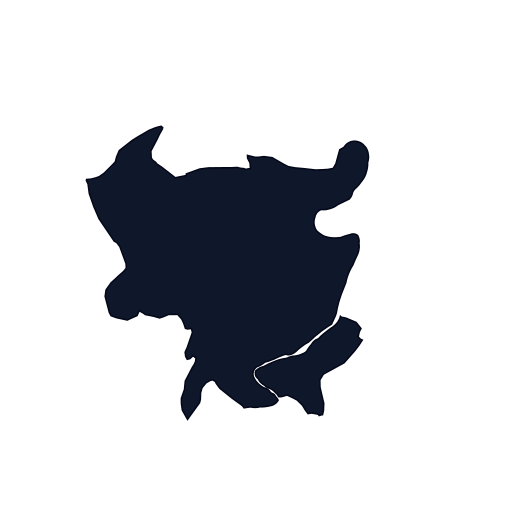 Shirbin, Ad Daqahliyah, Egypt, rotated 323°
{"feature_id": "37247803B76793683664752", "entity_name": "Shirbin", "entity_type": "district", "adm_level": 2, "iso_a3": "EGY", "parent_name": "Egypt", "parent_adm1": "Ad Daqahliyah", "projection": "mercator", "projection_center": [31.57, 31.249], "detail": "fine", "context": "isolated", "style": "filled", "palette": "ink", "viewbox_px": 512, "rotation_deg": 323, "n_neighbors": 0, "source": "geoboundaries", "source_scale": "gbopen_adm2", "svg_char_len": 6153}
<svg xmlns="http://www.w3.org/2000/svg" viewBox="0 0 512 512"><g transform="rotate(323 256 256)"><path d="M103.0,345.3L105.7,344.4L122.6,339.2L125.2,337.1L129.4,331.9L133.6,328.7L139.8,327.2L144.5,327.8L146.8,328.7L148.1,332.0L147.6,333.6L147.5,339.9L151.1,354.2L152.7,359.5L154.7,365.9L155.1,368.0L155.1,370.1L158.4,371.8L161.0,373.4L162.5,375.0L163.6,375.9L164.3,376.5L165.1,377.0L166.3,377.8L168.3,378.7L169.8,379.9L170.8,380.6L172.9,381.9L174.6,382.8L175.7,383.4L178.9,384.8L180.3,385.2L182.0,385.4L183.3,385.4L184.3,385.3L185.7,384.9L186.9,384.5L187.0,383.8L187.1,382.8L187.1,381.9L187.0,380.8L187.0,380.1L187.1,378.9L187.2,377.9L187.0,377.2L186.8,376.6L185.5,374.4L185.6,374.2L185.4,373.4L185.4,372.8L185.5,371.5L185.3,370.5L185.0,369.5L184.6,368.6L184.3,367.9L183.8,367.1L183.2,366.3L182.5,365.1L181.9,363.5L181.3,361.5L180.9,359.6L180.7,357.6L180.6,356.1L180.6,355.1L180.8,353.1L181.1,351.7L181.2,351.1L181.3,350.6L181.6,350.1L182.0,349.2L182.7,348.2L183.3,347.5L183.8,347.1L184.8,346.3L185.9,345.7L187.0,345.3L188.6,345.0L189.8,344.9L192.0,345.5L194.4,345.9L196.7,346.1L199.4,346.1L202.6,347.4L205.7,348.3L208.8,349.2L212.0,349.8L214.4,350.4L218.0,351.4L220.6,352.3L220.8,352.4L221.2,353.1L221.9,353.9L222.7,354.6L223.4,355.0L224.2,355.3L224.9,355.6L226.2,355.9L227.5,356.1L228.8,356.2L230.1,356.2L231.5,356.1L232.8,355.9L234.1,355.8L238.1,355.7L242.1,355.8L246.0,356.3L250.3,356.0L254.3,355.5L259.1,355.4L263.3,355.2L266.3,355.3L269.5,355.4L272.7,355.6L275.2,355.9L282.6,351.9L283.5,351.4L284.8,350.5L285.7,349.9L286.9,348.8L288.1,347.8L288.9,346.9L291.5,344.8L294.2,342.6L297.0,340.6L301.2,337.7L311.8,331.2L312.9,330.2L314.6,328.8L316.4,327.5L318.2,326.3L320.0,325.2L322.6,323.8L325.2,322.5L327.6,321.6L333.3,318.3L338.0,315.8L339.6,314.8L340.8,313.9L341.8,313.0L342.5,312.3L343.5,311.3L344.4,310.1L344.9,309.4L346.0,307.6L346.6,307.0L347.3,306.2L347.9,305.3L348.2,304.7L348.7,303.7L349.0,302.7L349.3,301.7L349.5,300.7L349.1,299.6L348.7,298.8L348.0,297.9L347.4,297.3L346.7,296.7L346.3,296.4L345.2,295.9L343.9,295.5L341.8,294.6L339.4,293.7L337.0,292.9L335.4,292.5L333.6,291.6L332.1,290.6L331.1,290.0L329.6,288.9L328.2,287.8L326.9,286.6L325.6,285.3L324.4,283.9L323.3,282.5L322.5,281.4L321.5,279.3L321.0,277.8L320.6,276.8L320.3,275.7L319.9,274.1L319.6,272.5L319.6,272.0L319.6,271.8L319.8,270.1L320.1,268.9L320.5,267.8L321.1,266.3L321.7,265.2L322.4,264.1L323.4,262.9L324.3,262.0L325.2,261.2L326.5,260.3L327.5,259.4L328.4,258.9L329.3,258.5L330.5,258.0L331.5,257.8L332.8,257.7L334.1,257.7L335.1,257.9L336.3,258.2L336.9,258.9L337.9,259.6L338.9,260.4L339.9,261.0L342.8,262.3L345.3,263.2L346.8,263.6L348.9,264.0L350.5,264.1L352.4,264.2L364.8,266.6L366.4,266.2L368.1,265.6L369.0,265.0L369.6,264.7L370.8,263.7L371.7,263.1L372.9,262.5L373.8,262.2L374.3,262.0L376.0,261.8L378.4,261.5L381.5,260.9L385.4,259.8L388.6,258.8L390.6,257.9L392.6,256.8L394.4,255.5L396.2,254.1L397.5,253.0L399.1,251.4L400.2,250.1L401.3,248.6L402.9,247.3L404.2,246.1L405.1,245.0L405.9,244.0L406.8,242.4L407.7,240.7L408.0,240.0L408.4,238.7L408.8,237.1L409.0,235.6L408.9,233.9L408.7,232.2L408.6,231.3L408.3,230.1L407.8,228.7L407.3,227.7L406.5,226.5L405.6,225.3L404.5,224.2L403.4,223.3L402.1,222.6L400.9,222.0L399.9,221.7L398.8,221.4L397.0,221.2L395.9,221.2L394.4,221.4L393.4,221.6L392.0,222.1L389.4,221.9L386.9,221.5L375.2,230.5L370.3,232.5L365.5,230.1L361.4,227.4L355.5,223.3L346.6,214.9L340.1,209.0L335.6,204.1L333.3,199.4L328.1,187.2L322.2,181.4L317.0,178.4L314.6,176.5L309.7,170.5L308.1,173.0L307.3,178.0L304.2,182.8L300.0,180.6L298.8,178.8L296.5,176.7L294.2,173.9L290.7,171.6L285.2,167.5L271.0,157.0L263.5,152.7L249.8,148.5L248.6,149.7L238.6,144.9L234.1,128.2L232.2,122.8L232.2,120.7L231.2,117.5L231.3,114.7L232.7,112.6L235.2,108.9L247.3,103.2L251.6,100.9L257.7,98.2L258.8,97.2L258.2,95.2L252.9,93.1L246.2,91.3L232.7,89.7L226.7,89.2L210.3,89.5L204.1,93.1L200.4,96.1L197.3,96.7L194.6,97.1L184.7,98.5L178.6,98.3L175.3,97.3L170.3,95.2L166.8,92.9L166.0,93.5L165.2,97.4L160.4,105.9L156.2,119.1L153.1,131.7L151.7,158.9L152.9,161.3L152.9,166.6L147.6,184.0L145.0,187.7L140.9,188.7L134.1,189.2L129.9,189.7L124.2,190.2L115.9,192.8L111.2,197.5L104.9,212.8L104.3,216.4L107.4,221.2L114.7,229.7L117.8,230.3L125.1,232.0L129.8,229.4L131.8,234.1L132.4,236.2L138.1,242.6L141.7,247.4L144.8,248.5L151.0,250.1L158.3,255.5L158.8,261.8L157.7,266.6L156.1,271.3L157.2,272.9L160.8,275.1L159.2,278.8L146.2,287.6L141.5,290.2L139.4,293.9L138.9,297.1L141.5,298.2L145.6,297.7L146.7,301.4L144.1,304.0L141.4,305.5L138.3,306.6L124.3,313.3L118.5,319.6L110.7,324.8L107.6,329.0L104.4,334.8L103.4,342.2L103.0,345.3ZM290.3,387.1L289.2,385.0L289.2,384.2L288.9,382.0L289.3,381.7L292.8,378.7L296.2,377.1L296.0,369.3L290.5,359.8L287.2,356.0L287.1,355.0L286.2,355.7L285.0,356.5L284.0,357.0L283.0,357.4L281.9,357.9L280.0,358.4L278.5,358.7L276.4,358.9L274.9,359.0L272.0,358.8L268.6,358.8L263.0,358.9L258.9,359.2L257.7,359.5L256.3,359.6L255.0,359.5L254.2,359.3L253.5,359.0L252.5,359.0L251.3,359.0L250.1,359.2L249.0,359.4L247.9,359.8L246.7,360.2L245.3,360.5L243.7,360.9L242.2,361.4L240.1,362.2L239.3,362.5L238.1,362.7L237.2,362.7L236.0,362.6L233.5,362.0L232.0,361.6L230.4,361.1L228.9,360.4L228.0,360.0L226.5,359.2L225.2,358.3L223.6,357.6L221.5,356.8L220.2,356.5L219.1,356.3L216.3,354.8L213.8,353.6L210.9,352.5L207.1,351.4L204.3,350.7L200.5,349.8L195.8,349.0L195.4,348.9L193.6,348.2L192.0,347.7L190.8,347.6L189.2,347.5L187.9,347.5L186.7,347.6L185.8,348.3L185.2,348.8L184.9,349.3L184.6,349.7L184.2,350.4L183.9,351.1L183.7,351.6L183.6,352.4L183.6,353.5L183.7,354.3L183.9,355.2L183.7,356.7L183.6,358.4L183.7,359.6L183.9,360.8L184.2,361.9L184.4,362.8L185.1,364.4L185.3,365.9L185.8,367.2L186.4,368.5L186.7,369.1L187.3,369.9L187.9,371.0L188.4,372.1L188.9,373.6L189.2,375.2L189.4,377.0L189.6,378.0L189.7,378.7L189.7,380.2L189.5,381.5L189.6,382.2L191.4,383.5L194.0,384.6L197.1,385.7L200.2,391.5L202.2,395.8L203.3,403.2L202.7,409.0L202.7,413.2L205.8,414.8L209.4,418.6L210.5,420.2L211.0,420.7L210.4,421.3L211.0,421.7L213.1,422.3L213.6,422.8L216.7,420.2L221.4,414.5L225.6,405.0L228.2,399.2L232.4,393.4L238.7,390.9L262.1,394.3L269.9,392.7L277.2,391.2L284.5,389.2L290.3,387.1Z" fill="#0f172a" stroke="#020617" stroke-width="1.5"/></g></svg>